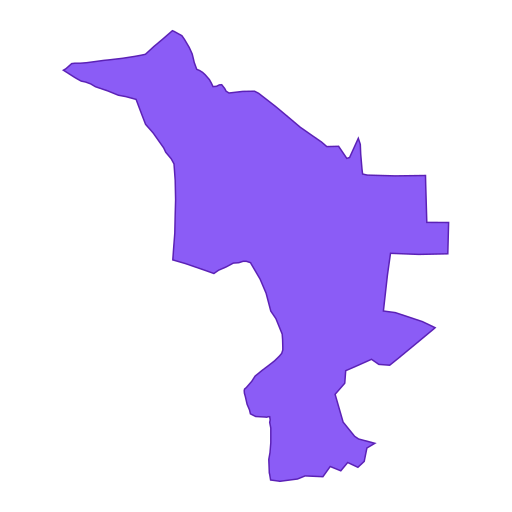 outline of Al-Mussyab, Babil, Iraq
{"feature_id": "34846034B36938547090854", "entity_name": "Al-Mussyab", "entity_type": "district", "adm_level": 2, "iso_a3": "IRQ", "parent_name": "Iraq", "parent_adm1": "Babil", "projection": "mercator", "projection_center": [44.225, 32.8], "detail": "fine", "context": "isolated", "style": "filled", "palette": "violet", "viewbox_px": 512, "rotation_deg": 0, "n_neighbors": 0, "source": "geoboundaries", "source_scale": "gbopen_adm2", "svg_char_len": 2258}
<svg xmlns="http://www.w3.org/2000/svg" viewBox="0 0 512 512"><path d="M172.8,259.9L185.5,263.6L203.2,269.7L210.0,272.1L213.9,273.5L218.6,270.2L226.2,266.9L233.3,263.1L238.8,262.7L243.1,261.3L246.3,261.3L250.6,262.7L251.0,263.6L260.1,279.1L266.1,293.2L270.8,311.1L275.9,318.6L282.2,334.1L282.6,339.7L282.8,347.3L282.8,350.0L281.7,353.4L279.5,356.0L274.6,360.8L268.6,365.5L262.2,370.3L255.1,376.1L251.7,381.4L246.2,387.7L244.6,389.0L244.2,390.6L244.4,393.2L245.3,396.4L247.1,404.3L249.5,409.9L250.1,412.4L250.4,413.8L251.3,414.3L254.1,415.7L255.7,416.5L264.8,417.0L266.8,417.2L268.0,416.7L269.7,416.7L270.2,419.9L269.7,422.3L270.8,428.1L270.8,431.0L270.8,437.6L270.8,442.8L270.0,452.6L268.8,459.4L269.1,467.1L269.3,472.9L269.7,474.5L270.6,480.0L278.8,481.1L279.8,481.3L285.2,480.6L297.5,479.0L305.1,475.9L322.9,476.7L330.2,466.5L340.8,470.8L347.7,462.5L355.8,466.3L357.9,467.3L364.2,461.4L366.9,448.0L374.8,443.3L358.6,439.0L354.6,436.3L343.1,422.1L335.1,394.3L344.7,383.3L344.8,382.7L345.7,370.7L358.3,365.2L371.5,359.3L378.8,364.4L389.7,365.2L397.9,358.6L415.1,344.4L434.0,328.7L435.1,327.7L422.4,321.6L395.3,312.6L383.4,311.0L387.4,275.3L390.5,253.3L418.7,254.4L447.8,253.8L448.6,222.5L426.8,222.4L425.7,184.6L425.5,175.5L395.2,175.9L367.3,175.1L362.6,174.0L362.0,169.2L360.7,154.0L360.3,144.4L358.3,138.3L349.6,157.5L346.8,158.4L338.6,146.3L326.8,146.6L321.5,142.0L312.5,135.8L300.2,127.2L289.1,117.8L276.2,107.0L267.9,100.5L258.6,93.3L254.5,91.2L242.7,91.4L237.7,92.0L229.0,93.0L226.1,91.2L224.7,88.5L221.7,84.7L219.3,84.9L216.5,86.3L213.0,86.6L211.3,83.0L209.4,79.6L205.3,74.9L202.5,72.3L201.3,71.6L199.8,70.6L196.7,69.3L195.2,65.1L194.2,62.4L193.5,59.3L192.2,54.0L191.3,52.0L189.2,47.4L185.3,40.8L184.4,39.3L181.9,35.7L180.5,34.9L178.8,34.0L174.3,31.5L172.4,30.7L162.6,39.2L154.0,46.4L145.4,54.3L141.2,55.2L134.7,56.4L122.5,58.3L108.8,59.9L103.7,60.4L93.4,61.8L86.7,62.7L80.4,63.2L74.9,63.2L71.7,63.6L65.8,68.8L63.4,70.2L74.5,77.3L76.7,78.6L81.2,81.1L85.5,82.0L90.7,83.9L95.4,86.7L108.0,91.0L118.3,95.2L125.8,96.6L131.0,98.0L136.1,99.4L141.6,114.0L145.6,124.4L153.1,132.9L163.7,147.9L165.7,152.2L171.2,158.8L174.0,163.9L175.2,180.4L175.6,199.7L175.2,214.7L174.8,233.1L173.6,248.6L172.8,259.9Z" fill="#8b5cf6" stroke="#5b21b6" stroke-width="1.5"/></svg>